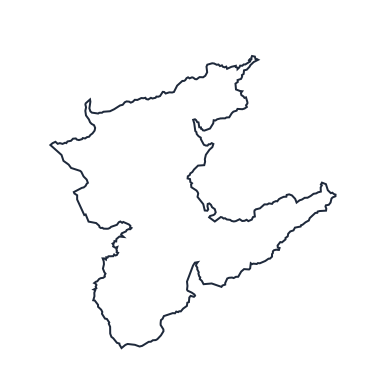 Rio Pardo, Rio Grande do Sul, Brazil (Robinson projection), rotated 248°
{"feature_id": "56859067B39474699620723", "entity_name": "Rio Pardo", "entity_type": "district", "adm_level": 2, "iso_a3": "BRA", "parent_name": "Brazil", "parent_adm1": "Rio Grande do Sul", "projection": "robinson", "projection_center": [-52.435, -30.08], "detail": "fine", "context": "isolated", "style": "outline", "palette": "slate", "viewbox_px": 384, "rotation_deg": 248, "n_neighbors": 0, "source": "geoboundaries", "source_scale": "gbopen_adm2", "svg_char_len": 6012}
<svg xmlns="http://www.w3.org/2000/svg" viewBox="0 0 384 384"><g transform="rotate(248 192 192)"><path d="M295.7,242.0L294.8,238.6L295.5,237.2L297.5,236.0L298.3,235.0L298.3,232.3L299.8,231.3L299.6,229.6L298.2,227.6L298.0,226.1L298.6,224.7L296.2,218.1L291.5,212.7L291.7,210.8L292.9,208.3L293.2,204.5L295.2,203.6L295.8,202.4L292.9,198.3L293.0,196.4L293.8,194.7L293.0,193.5L293.5,190.4L294.7,189.2L294.2,186.0L295.3,184.4L296.8,184.1L297.1,182.2L298.1,180.2L297.8,175.9L298.9,173.5L297.8,170.8L297.8,168.7L299.3,167.6L300.5,165.3L300.4,163.3L298.8,160.4L299.2,157.8L297.9,150.8L297.6,146.2L299.6,139.9L299.2,138.2L300.2,135.7L299.9,134.4L303.1,128.9L304.8,128.0L308.0,128.2L313.8,131.6L316.0,132.1L314.0,126.6L313.0,125.9L310.2,125.5L307.2,123.5L302.7,122.4L297.9,123.6L294.9,123.6L292.8,124.4L290.6,126.2L287.7,126.2L285.4,124.7L283.6,121.7L282.9,119.1L281.8,117.4L282.2,115.1L281.7,113.0L282.9,110.9L282.2,109.8L282.5,106.6L283.8,104.8L285.2,104.3L286.0,101.6L284.8,99.0L285.5,95.5L284.4,93.8L285.2,92.8L285.1,90.0L286.8,87.8L287.0,85.5L289.7,84.2L289.5,81.0L288.6,78.3L275.2,84.9L269.0,84.5L263.6,87.9L259.6,88.9L253.5,96.2L252.2,96.9L247.0,97.3L243.0,99.0L239.5,98.9L239.1,97.5L237.5,95.6L236.8,93.3L237.1,91.4L236.2,82.4L234.7,82.4L232.0,84.3L228.1,82.7L211.0,83.5L211.0,85.0L203.3,85.0L199.1,91.5L195.5,93.3L194.0,93.1L192.8,94.0L192.3,95.6L191.2,96.2L189.9,99.1L189.4,100.5L189.4,102.3L190.0,103.9L189.7,110.1L191.4,112.8L191.5,114.5L189.6,115.7L190.0,117.0L185.6,121.3L183.8,122.2L182.4,121.4L181.3,122.4L180.6,120.9L181.3,119.3L181.2,117.2L180.2,116.0L180.0,111.4L179.0,110.3L175.9,111.8L177.9,108.0L176.7,104.3L174.6,103.2L175.5,101.7L174.1,100.8L173.9,99.0L172.2,99.4L171.1,98.5L169.0,100.1L169.0,102.1L166.8,100.3L165.7,100.4L164.5,99.6L163.3,100.7L161.7,98.6L161.9,97.1L163.2,96.4L162.0,94.9L163.7,90.4L162.8,89.1L163.6,88.1L161.6,86.9L163.2,85.9L163.9,84.3L160.8,84.2L158.0,83.3L154.3,80.7L150.2,80.7L148.7,81.2L147.4,79.7L146.2,79.5L145.7,77.5L146.3,75.0L146.1,73.2L144.7,70.8L144.8,69.3L144.2,67.3L143.2,68.2L141.6,68.6L140.3,67.2L138.7,67.3L138.4,64.4L137.3,65.6L135.2,63.7L131.9,62.5L128.6,59.9L127.8,61.2L122.6,62.6L120.8,61.9L116.9,63.7L114.4,63.9L112.8,62.9L107.2,63.9L106.2,65.5L102.0,66.4L101.1,65.5L97.7,65.6L91.3,63.1L87.9,63.0L85.9,64.2L80.3,65.9L78.7,67.9L77.6,67.6L73.7,68.2L75.2,73.0L75.2,75.4L71.7,81.8L68.4,85.5L68.0,88.1L69.3,95.7L68.6,97.8L69.2,100.1L68.3,102.9L68.5,104.7L70.7,109.5L73.6,113.4L75.4,114.0L80.4,113.1L82.2,113.8L84.8,115.2L85.5,117.3L87.5,119.4L86.9,128.8L85.9,130.8L87.0,132.6L85.8,134.2L86.2,135.5L85.5,136.9L87.2,140.1L88.3,144.6L91.1,146.2L91.1,147.9L95.2,150.0L96.2,151.8L94.1,154.5L94.7,156.0L96.0,155.9L98.9,154.0L102.1,151.0L103.3,150.8L106.6,152.6L110.8,153.8L123.4,165.4L125.4,168.2L124.8,171.1L123.7,169.2L122.1,168.1L119.9,168.6L118.4,167.9L115.0,168.2L114.0,167.4L110.9,167.1L109.8,167.7L108.4,166.6L106.0,167.8L102.2,168.2L99.8,176.0L93.0,183.8L93.9,185.2L93.7,188.1L95.2,188.7L98.6,192.3L98.6,194.2L97.7,197.0L96.6,198.4L96.9,201.0L96.1,203.1L99.8,207.8L101.0,211.4L98.8,215.9L99.4,217.3L103.9,219.8L102.6,220.6L102.6,222.0L101.0,225.1L101.4,226.4L100.5,228.2L100.6,234.1L101.5,238.0L101.0,239.3L102.1,242.0L104.4,242.9L105.1,244.1L106.7,244.8L107.3,246.2L107.0,248.4L105.7,250.9L107.3,252.2L108.4,250.8L110.3,251.3L112.5,255.1L111.6,256.5L113.0,260.9L114.4,261.5L115.0,264.1L117.3,265.6L118.6,268.4L118.4,271.7L120.4,274.1L119.3,279.8L120.4,280.8L120.2,282.1L121.4,286.0L121.8,289.6L123.7,291.4L126.4,298.5L125.8,300.4L126.8,301.2L126.5,303.3L124.5,309.3L126.3,310.3L128.5,310.3L129.5,311.1L128.9,314.0L130.3,316.5L133.7,318.9L134.3,320.4L134.3,323.4L135.8,324.1L136.8,322.9L138.8,321.8L138.9,320.3L142.8,318.6L149.1,319.1L152.0,316.0L150.6,314.3L149.6,314.9L148.0,313.0L144.1,311.6L144.5,308.7L144.2,306.7L144.8,304.0L143.9,300.7L143.4,297.0L144.4,294.3L143.8,291.0L144.0,288.7L143.0,285.0L147.0,285.1L151.4,283.4L153.4,281.2L153.8,278.7L152.3,277.7L153.2,275.2L153.1,272.1L152.8,269.9L151.4,267.6L152.1,266.5L152.1,263.6L151.0,261.8L152.6,259.1L152.3,257.1L153.4,254.5L151.4,248.9L152.0,244.8L151.5,243.1L150.3,242.4L145.7,241.1L145.9,239.1L144.0,237.1L143.9,233.3L145.8,232.2L145.6,230.0L146.3,227.7L148.9,226.0L148.6,221.7L149.0,219.8L150.3,217.9L151.9,216.9L153.5,214.0L155.3,212.8L155.6,211.3L157.1,210.5L158.0,209.3L156.1,202.1L162.1,198.4L163.0,199.8L162.6,203.2L162.9,204.7L164.3,206.4L167.6,206.7L170.4,204.9L172.9,204.8L174.9,203.8L175.0,202.1L173.0,201.0L169.8,200.5L168.9,199.2L170.1,196.9L176.5,197.9L185.4,195.3L188.3,197.2L189.7,197.2L191.7,196.7L196.7,193.2L199.4,194.0L200.1,195.3L201.9,194.2L204.7,195.0L206.2,193.0L208.1,194.0L208.6,196.3L209.9,197.4L210.4,199.8L212.1,202.3L214.2,207.5L212.3,213.4L215.2,215.5L217.6,216.2L221.3,218.8L224.7,224.1L226.0,227.7L228.5,229.8L229.9,228.6L229.5,226.7L230.0,225.3L229.2,223.8L229.9,222.2L231.4,220.7L237.7,220.0L239.1,220.5L241.2,219.0L243.9,218.1L245.9,218.5L247.3,217.9L254.9,219.8L258.5,220.1L258.3,222.0L257.1,222.7L254.9,223.0L254.1,224.1L249.3,223.0L248.5,224.5L247.2,224.1L246.4,225.0L245.1,225.2L244.3,226.5L244.1,232.5L247.7,237.4L250.4,239.0L249.5,240.5L250.0,242.6L249.5,246.2L247.9,250.3L248.2,251.8L247.3,254.5L250.1,258.3L251.0,260.5L250.7,263.8L252.0,265.3L249.9,269.7L249.7,272.0L250.3,274.7L252.2,274.6L253.3,276.5L254.4,277.0L259.5,277.5L259.6,275.9L261.3,275.5L263.3,274.1L265.5,274.4L266.6,276.3L267.7,274.3L270.6,271.2L276.2,272.9L276.9,275.7L278.7,276.2L278.5,279.9L280.2,281.7L281.7,282.1L282.1,284.1L285.3,285.8L284.9,288.6L286.7,292.5L287.6,293.4L289.4,297.9L289.8,302.9L291.0,301.9L291.5,300.7L294.0,301.0L295.6,298.6L294.1,297.2L293.0,297.0L292.4,295.9L293.4,295.3L292.8,294.1L291.2,294.5L290.3,289.2L290.9,287.6L290.2,286.0L291.1,284.0L289.8,282.6L288.9,280.3L290.2,280.8L291.4,279.4L292.6,279.9L293.3,275.5L293.1,270.7L295.4,270.7L295.4,268.9L296.6,267.5L298.2,267.2L298.3,265.1L300.3,264.3L300.7,262.6L302.9,260.6L303.8,258.9L304.3,253.9L302.8,252.4L297.3,250.9L294.8,247.9L294.2,245.3L295.7,242.0Z" fill="none" stroke="#1e293b" stroke-width="2"/></g></svg>